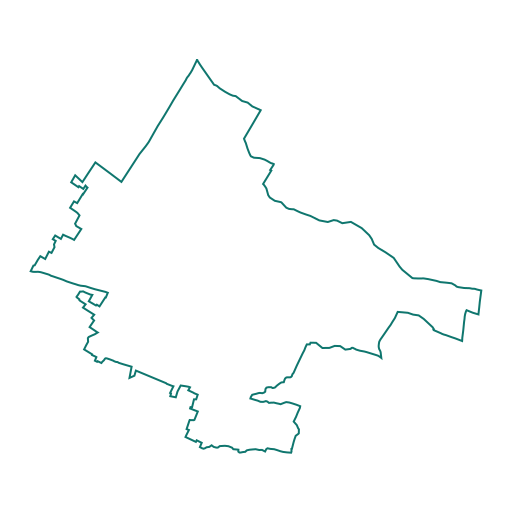 La Magdalena Tlaltelulco, Tlaxcala, Mexico
{"feature_id": "50627088B59456591358447", "entity_name": "La Magdalena Tlaltelulco", "entity_type": "district", "adm_level": 2, "iso_a3": "MEX", "parent_name": "Mexico", "parent_adm1": "Tlaxcala", "projection": "orthographic", "projection_center": [-98.191, 19.28], "detail": "fine", "context": "isolated", "style": "outline", "palette": "teal", "viewbox_px": 512, "rotation_deg": 0, "n_neighbors": 0, "source": "geoboundaries", "source_scale": "gbopen_adm2", "svg_char_len": 5972}
<svg xmlns="http://www.w3.org/2000/svg" viewBox="0 0 512 512"><path d="M75.2,175.3L71.2,182.3L78.4,187.2L79.1,186.1L83.3,188.9L85.5,185.6L86.6,186.9L87.5,187.6L83.0,194.4L82.7,194.1L77.2,203.1L74.0,201.4L70.1,207.8L70.7,208.2L73.8,210.3L76.4,212.1L77.5,213.0L79.5,215.4L75.1,223.7L76.3,226.1L81.3,229.0L74.1,239.9L72.9,239.2L69.8,237.7L65.6,235.9L63.1,234.7L60.9,238.9L55.2,235.5L52.8,239.2L55.7,240.9L54.0,244.4L54.5,247.2L51.5,252.9L48.9,251.7L45.2,259.0L40.3,256.2L37.8,259.9L34.7,265.3L33.4,265.6L30.7,271.2L32.4,271.7L34.1,271.9L38.1,271.8L38.9,271.9L40.3,272.1L41.2,272.3L43.9,273.1L46.2,273.8L47.6,274.2L49.3,274.8L50.0,275.2L51.1,275.8L52.8,276.3L55.7,277.3L58.4,278.2L60.5,278.9L63.3,279.9L66.7,281.4L73.1,283.5L75.8,284.3L78.2,285.1L80.7,285.7L82.5,285.9L85.2,286.2L86.0,286.4L87.5,286.9L90.5,287.9L94.8,289.2L105.5,291.9L107.8,292.8L107.7,293.0L105.8,297.6L105.4,297.7L105.2,297.6L99.5,306.4L96.8,304.7L96.0,305.5L88.8,301.3L92.3,294.9L90.2,294.5L85.3,292.5L83.1,291.4L81.6,291.6L80.0,291.6L78.1,294.7L76.5,296.9L76.6,297.2L79.3,299.3L79.3,300.0L80.2,300.9L85.6,304.3L83.0,307.6L87.5,310.5L88.3,311.0L94.2,314.7L91.5,317.9L94.1,320.5L91.2,324.7L89.6,327.1L94.4,330.3L97.0,332.1L97.7,332.5L94.7,334.3L92.1,335.4L88.7,337.0L87.9,338.1L87.9,338.7L88.0,340.2L88.0,340.7L88.1,341.3L88.1,341.8L86.3,345.0L84.1,349.4L92.1,354.3L92.0,355.0L96.1,356.9L96.4,357.1L94.9,360.7L95.1,360.8L97.1,361.8L97.6,361.2L101.4,363.0L102.2,361.9L103.9,360.3L104.9,358.8L105.5,358.3L106.5,358.3L108.1,358.8L109.9,359.4L112.0,360.2L113.3,360.7L114.3,361.3L115.6,361.8L116.5,362.0L117.0,362.0L117.6,362.1L117.9,362.3L118.9,362.9L123.7,364.4L131.6,366.7L129.5,377.9L134.4,375.7L135.9,370.6L166.1,383.2L166.7,383.8L171.8,385.8L173.4,386.3L170.1,393.0L171.0,393.5L170.3,396.2L175.8,397.3L177.5,391.5L180.7,385.5L186.0,386.3L188.7,386.8L190.0,387.3L188.3,390.3L193.6,392.8L194.1,393.2L197.7,394.7L196.2,399.3L194.0,399.3L192.1,407.1L190.5,407.1L190.1,408.5L197.8,411.5L194.4,419.9L193.7,420.2L192.7,420.1L191.5,420.1L190.8,420.1L189.7,420.0L189.4,420.7L186.6,429.1L188.9,430.0L186.3,435.2L185.5,437.0L195.9,441.9L196.7,440.3L201.7,442.8L199.9,447.1L202.2,448.3L203.6,448.7L205.1,448.2L206.5,447.3L209.3,446.9L211.6,445.3L213.7,446.9L216.3,447.6L217.8,447.6L219.8,446.1L224.9,445.8L228.4,446.2L232.1,447.7L233.3,449.2L237.7,449.6L238.4,449.7L238.3,451.6L239.4,452.5L240.8,452.5L242.7,452.1L245.3,451.8L246.7,450.4L247.8,450.1L249.8,449.7L253.1,449.4L255.6,449.2L259.2,450.0L262.0,449.9L265.1,451.5L266.3,449.1L267.5,448.3L270.4,448.9L274.1,449.2L277.1,450.1L280.3,451.2L283.0,451.9L287.0,452.4L291.1,452.7L291.5,451.5L291.4,449.0L291.9,448.9L293.6,442.2L294.5,439.2L295.7,435.8L298.4,433.8L298.8,433.3L298.9,429.8L298.9,429.3L298.2,428.4L296.8,425.1L293.7,421.6L295.6,417.7L295.9,417.2L297.7,412.7L299.9,407.9L300.2,406.2L298.9,405.7L296.6,404.8L292.3,403.4L289.2,402.5L286.2,402.1L284.4,402.7L280.6,404.2L279.1,403.8L276.7,403.3L273.9,402.6L270.8,402.7L269.0,402.9L267.4,401.6L265.9,401.1L264.7,401.5L263.1,401.9L260.4,401.8L257.6,400.6L255.4,400.0L250.8,398.6L250.4,398.5L250.8,397.1L252.2,394.8L254.1,394.3L256.2,393.8L258.5,393.1L259.8,392.9L262.4,393.2L264.0,392.6L265.2,391.7L265.5,389.0L266.5,387.6L268.3,387.2L271.2,387.2L272.5,388.0L273.7,387.9L275.1,387.4L276.7,385.8L278.7,384.2L280.7,382.8L281.6,382.4L282.7,382.3L283.8,382.2L284.0,381.5L284.5,379.9L285.1,378.5L286.3,377.5L287.2,377.3L289.1,377.3L290.3,377.3L291.1,376.9L291.8,376.2L291.9,375.7L292.5,374.1L293.3,373.3L293.5,372.8L293.7,372.6L296.8,365.6L302.6,353.5L304.3,350.3L305.4,347.4L306.8,344.4L309.8,344.4L310.5,342.7L316.1,342.8L322.4,348.0L329.4,347.9L334.7,345.9L340.2,346.1L345.3,349.6L350.6,348.9L351.6,347.9L352.8,347.8L353.9,348.4L354.8,348.8L355.0,348.9L356.2,349.6L359.9,350.7L364.3,351.5L366.6,352.1L375.3,354.8L377.8,355.6L378.9,356.2L380.8,357.5L381.3,357.9L380.9,354.6L380.7,352.7L380.4,351.4L379.6,349.8L379.1,348.9L378.7,346.9L378.7,345.5L378.9,343.7L379.2,341.9L379.9,340.4L380.7,339.1L381.7,337.7L384.8,333.2L388.7,327.5L390.5,325.1L392.6,321.6L393.9,319.6L394.9,318.0L397.7,311.9L402.4,312.3L407.9,312.8L413.1,314.6L418.7,315.4L423.7,318.9L432.6,327.2L433.8,329.1L433.4,329.7L433.9,330.2L441.0,333.3L442.1,333.9L444.0,334.6L445.9,335.1L451.7,337.2L455.3,338.4L462.1,341.0L462.2,340.0L462.3,337.8L463.2,330.8L463.4,329.0L463.5,327.9L464.1,321.8L464.5,319.0L464.7,316.6L465.0,314.9L465.1,314.4L465.2,313.9L465.9,311.6L466.3,310.7L466.6,310.2L469.5,311.4L472.7,312.7L476.0,313.7L478.4,314.4L478.4,313.8L478.5,313.7L479.2,307.6L479.8,301.7L481.3,290.5L479.4,290.1L476.9,289.5L474.7,288.8L472.1,288.7L469.7,288.2L464.1,288.0L458.2,287.1L456.6,286.6L455.3,285.4L451.6,283.3L446.6,282.7L440.2,282.1L436.5,280.9L428.2,279.1L423.6,278.4L419.0,278.5L413.9,278.3L412.4,278.1L402.3,269.8L399.6,266.6L393.7,257.9L385.5,252.3L378.3,248.0L374.1,244.6L371.7,238.9L369.2,235.2L361.7,228.1L350.9,221.9L342.3,223.2L337.0,220.6L333.7,220.1L327.8,222.0L319.3,220.4L310.3,215.9L306.0,214.5L300.7,212.6L298.9,211.8L296.4,210.6L293.8,209.3L291.6,209.2L289.0,208.9L286.3,207.7L283.8,205.0L281.4,202.4L280.7,202.1L274.8,200.8L269.8,197.5L268.2,195.1L266.4,188.5L265.2,186.6L263.8,184.7L263.1,184.0L263.7,183.0L271.3,170.6L270.2,170.0L273.6,164.8L273.8,164.1L272.5,163.5L271.4,163.3L269.8,162.5L267.3,161.0L264.6,159.6L259.9,158.1L253.9,157.7L250.9,156.3L250.3,155.3L249.2,152.9L247.5,148.5L245.8,143.0L245.0,141.3L244.0,138.7L252.3,124.6L259.6,112.1L260.0,111.5L260.7,110.2L252.3,106.4L247.7,102.6L242.1,101.0L235.7,96.1L232.9,95.7L231.2,95.0L229.6,94.3L225.1,91.8L219.7,88.3L217.1,86.0L215.7,85.3L214.1,84.8L202.8,68.7L202.1,67.7L200.0,64.6L197.3,60.3L197.1,59.3L196.7,60.6L192.1,70.2L190.3,73.2L189.9,73.7L188.7,75.6L187.3,77.3L186.6,78.4L185.8,80.1L182.7,85.1L179.9,89.7L173.2,100.5L169.5,106.9L166.1,112.6L163.2,117.4L157.7,126.1L153.8,133.0L149.3,141.0L148.6,142.2L145.8,146.1L139.5,154.0L134.2,162.2L121.4,181.9L109.9,173.2L95.4,162.4L88.5,172.8L82.4,182.1L75.2,175.3Z" fill="none" stroke="#0f766e" stroke-width="2"/></svg>